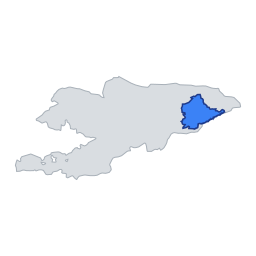 Jeti-Oguz, Ysyk-Köl, Kyrgyzstan (highlighted)
{"feature_id": "92254566B8733465494202", "entity_name": "Jeti-Oguz", "entity_type": "district", "adm_level": 2, "iso_a3": "KGZ", "parent_name": "Kyrgyzstan", "parent_adm1": "Ysyk-Köl", "projection": "natural_earth1", "projection_center": [78.776, 41.857], "detail": "fine", "context": "in_parent", "style": "filled", "palette": "blue", "viewbox_px": 256, "rotation_deg": 0, "n_neighbors": 0, "source": "geoboundaries", "source_scale": "gbopen_adm2", "svg_char_len": 6712}
<svg xmlns="http://www.w3.org/2000/svg" viewBox="0 0 256 256"><path d="M51.1,153.1L51.8,152.7L53.9,152.3L58.2,151.9L59.7,152.2L62.6,153.9L64.8,153.7L65.2,153.9L66.0,155.3L69.2,153.2L71.5,152.6L72.7,150.5L75.2,148.0L77.3,147.6L77.3,148.0L77.7,148.3L79.8,148.9L80.5,148.3L80.8,147.4L80.1,145.9L80.1,145.3L80.8,144.4L84.1,145.8L84.9,145.8L86.5,145.0L87.9,143.6L88.4,142.6L95.4,139.1L95.9,138.5L95.8,138.0L92.9,137.2L91.6,137.6L90.4,137.6L89.7,137.1L86.2,136.9L85.4,136.6L83.2,134.1L80.3,132.5L78.9,132.6L77.2,133.3L76.7,133.0L76.6,130.6L76.3,129.2L75.3,128.8L74.0,129.4L70.5,128.6L70.2,125.7L68.9,123.1L67.1,122.0L67.0,120.4L66.4,119.8L65.8,120.0L65.1,120.8L65.4,122.5L65.1,124.2L64.6,125.1L63.8,125.7L62.9,125.8L61.3,124.9L60.9,130.1L60.6,130.5L58.7,129.7L57.1,130.0L54.9,129.7L53.2,128.8L49.8,127.9L48.3,126.9L47.4,123.4L46.5,122.1L45.6,121.8L42.0,123.1L38.4,120.9L36.6,120.5L36.2,119.8L36.3,119.0L42.0,115.1L44.2,112.4L45.6,111.2L49.2,110.0L50.0,107.6L50.3,107.3L53.9,106.1L58.0,103.9L58.1,103.3L57.7,102.8L54.2,100.8L52.3,101.7L51.3,100.6L51.3,99.4L52.6,97.4L53.6,96.4L54.1,94.4L55.6,93.1L57.1,91.1L59.0,89.4L62.3,88.1L64.2,88.5L65.9,88.2L68.7,87.2L70.3,87.1L77.3,88.7L79.6,88.8L84.9,90.8L89.1,91.8L91.1,93.8L97.9,94.6L99.8,95.2L100.4,96.2L102.3,97.4L104.0,97.6L102.6,92.9L103.2,90.1L105.5,82.5L106.7,81.4L112.3,79.2L113.6,77.6L117.5,77.6L118.4,77.4L118.8,76.5L131.0,83.1L135.6,85.0L142.0,86.7L147.4,87.3L148.4,86.9L150.6,84.3L151.6,84.2L165.1,84.6L174.8,83.3L176.2,83.3L179.8,84.8L191.2,85.2L195.6,86.2L202.8,85.9L205.8,86.0L211.2,87.9L213.1,88.3L216.6,88.6L217.9,88.3L218.7,88.7L219.5,91.1L222.8,94.1L224.0,95.7L225.3,96.4L231.6,96.9L234.0,97.5L239.9,103.2L240.6,106.5L240.0,107.2L233.8,107.7L232.4,108.2L230.9,110.7L222.6,113.7L221.3,113.6L210.2,119.3L202.4,124.1L202.1,126.4L197.6,131.7L194.2,132.3L191.3,132.2L186.5,133.8L180.5,133.2L178.4,133.3L174.4,132.6L172.8,133.0L171.1,134.1L168.7,138.3L167.7,139.3L167.3,140.2L166.9,142.3L166.0,144.4L164.0,147.7L162.3,149.2L160.7,150.2L159.4,148.2L157.4,149.6L155.4,149.3L154.2,149.7L151.5,151.4L147.5,151.4L147.1,150.8L146.4,146.0L145.7,143.7L145.2,143.2L144.4,143.1L138.7,146.9L136.0,147.6L133.9,147.7L131.0,146.6L130.4,146.9L129.9,147.5L129.7,148.2L130.5,150.4L130.3,150.8L129.0,150.8L127.2,151.3L121.6,155.7L118.2,156.9L114.9,157.3L113.0,158.1L111.9,159.8L109.7,164.3L109.8,165.3L110.6,166.5L111.2,169.3L111.1,170.0L109.3,172.3L107.1,173.0L105.4,173.3L102.1,173.0L100.4,173.5L97.2,175.2L94.6,175.6L89.8,175.6L85.0,175.0L83.4,175.2L79.2,176.2L77.7,177.8L76.9,179.3L76.5,179.5L74.8,178.2L72.7,175.8L71.7,175.9L67.8,177.8L67.3,177.7L66.2,177.0L66.4,174.0L65.2,173.4L62.6,173.2L61.7,172.6L62.1,170.7L61.8,169.9L61.1,169.4L59.8,169.5L57.1,171.1L53.9,171.7L52.8,172.2L51.5,174.3L47.3,174.7L45.9,174.3L43.4,170.4L41.3,169.8L39.0,169.9L36.0,170.9L35.3,170.1L34.5,169.9L33.8,170.6L30.1,170.7L26.3,170.6L24.2,170.1L22.8,170.1L20.0,171.2L16.6,171.4L16.3,167.8L15.4,165.3L16.5,161.3L17.1,160.0L19.6,161.5L20.6,161.3L20.8,160.5L20.5,158.7L21.8,156.7L30.8,154.0L40.6,158.0L41.8,160.5L42.7,160.4L44.1,159.2L44.6,157.1L46.5,155.9L50.8,154.4L51.1,153.1ZM55.9,162.0L56.1,161.6L55.4,159.7L56.5,158.0L54.5,157.7L53.5,157.2L52.4,155.4L52.0,155.3L51.4,155.8L51.0,157.0L51.3,158.2L52.7,159.4L52.0,161.9L54.9,162.2L55.9,162.0ZM45.6,163.7L45.5,163.2L44.8,162.9L41.1,162.2L41.2,162.7L42.6,164.6L43.7,164.7L45.6,163.7ZM67.7,160.5L67.9,159.3L65.7,160.0L65.4,160.6L66.2,161.3L67.1,161.6L67.7,160.5Z" fill="#d9dde1" stroke="#a8b0b8" stroke-width="1"/><path d="M194.2,128.8L194.3,128.8L194.5,128.9L194.5,129.0L194.7,128.9L194.8,128.8L195.0,128.7L195.3,128.7L195.5,128.7L195.7,128.4L195.8,128.5L195.9,128.4L196.0,128.4L196.1,128.2L196.3,128.2L196.5,128.1L196.8,128.0L196.9,127.9L197.1,127.8L197.4,127.8L197.5,127.8L197.7,127.6L197.7,127.4L197.8,127.3L197.8,127.2L197.7,127.2L197.8,126.9L197.7,126.9L197.8,126.7L197.8,126.4L197.9,126.2L197.9,125.7L198.1,125.4L198.1,125.2L198.3,124.9L198.2,124.7L198.1,124.4L198.0,124.2L198.2,123.9L198.3,123.9L198.5,123.7L198.9,123.6L199.0,123.6L199.3,123.5L199.5,123.5L199.7,123.4L199.9,123.4L200.0,123.5L200.3,123.6L200.7,123.7L200.9,123.6L201.0,123.6L201.3,123.7L201.5,123.7L201.5,123.8L201.8,123.7L202.0,123.5L202.3,123.6L202.5,123.6L202.8,123.6L203.0,123.4L203.0,123.2L203.3,123.2L203.7,123.0L203.8,123.1L204.0,122.9L204.1,123.0L204.3,123.0L204.5,122.9L204.8,122.7L205.0,122.7L205.3,122.6L205.5,122.4L205.8,122.4L205.9,122.2L206.0,122.0L206.0,121.9L206.2,121.7L206.3,121.6L206.4,121.4L206.5,121.4L206.9,121.3L206.9,121.5L207.0,121.6L207.3,121.7L207.5,121.5L207.7,121.4L207.8,121.5L208.1,121.6L208.3,121.5L208.3,121.4L208.4,121.2L208.5,121.1L208.4,121.1L208.5,121.0L208.5,120.9L208.8,120.7L209.0,120.6L209.2,120.4L209.4,120.3L209.3,120.2L209.2,120.2L209.2,119.9L209.3,119.8L209.3,119.7L209.5,119.6L209.8,119.4L210.1,119.5L210.3,119.4L210.5,119.4L210.8,119.4L211.1,119.3L211.1,119.2L211.2,119.3L211.3,119.3L211.6,119.3L211.8,119.2L212.1,119.0L212.2,118.8L212.3,118.8L212.4,118.7L212.5,118.4L212.8,118.4L212.9,118.5L212.9,118.4L213.1,118.4L213.1,118.2L213.3,118.0L213.5,118.0L213.6,117.8L213.7,117.7L213.8,117.7L213.7,117.5L213.8,117.5L214.0,117.4L213.9,117.2L214.0,117.2L214.1,117.3L214.2,117.2L214.4,117.1L214.5,117.0L214.8,116.9L215.1,116.7L215.3,116.7L215.3,116.8L215.5,116.8L215.8,116.8L215.8,116.6L216.0,116.5L216.0,116.4L215.9,116.4L216.0,116.3L216.2,116.2L216.3,116.2L216.5,116.1L216.8,116.0L217.0,116.0L217.1,115.9L217.3,115.8L217.3,115.7L217.6,115.7L217.8,115.5L217.8,115.4L217.9,115.2L218.1,115.1L218.3,115.2L218.5,115.1L218.8,115.0L219.0,115.0L219.5,115.1L219.8,115.1L219.8,114.9L220.1,114.8L220.1,114.7L220.3,114.6L220.5,114.5L220.4,114.3L220.6,114.2L220.8,114.1L221.0,114.0L220.9,113.9L221.0,113.9L221.2,113.7L221.3,113.4L221.5,113.3L221.7,113.1L221.8,113.1L221.9,112.9L222.2,113.0L222.3,113.1L222.4,113.3L222.5,113.3L222.6,113.2L222.8,113.1L223.0,112.9L223.2,112.7L223.3,112.6L223.4,112.4L223.6,112.2L224.0,112.1L224.4,112.0L224.5,112.0L224.1,110.5L222.5,109.6L221.6,110.0L220.2,111.7L218.7,111.9L217.2,110.8L215.8,110.8L215.5,110.6L215.9,108.9L213.6,109.1L212.2,108.9L210.5,109.2L209.7,108.8L209.2,107.4L207.1,107.0L206.9,105.8L205.3,104.3L203.8,103.8L203.8,103.0L203.2,102.1L203.2,99.9L202.5,98.8L200.9,98.1L200.6,96.0L200.1,94.5L197.4,94.6L195.0,96.6L193.8,96.2L190.9,97.5L191.4,98.2L192.5,98.6L188.9,102.4L184.8,104.0L182.5,104.1L182.4,106.2L181.4,108.2L181.8,109.2L182.1,112.3L184.8,112.8L185.1,114.1L183.1,114.2L183.5,115.3L184.5,116.0L185.0,117.0L185.3,117.3L184.7,118.4L182.8,119.2L182.5,120.8L181.2,121.4L182.1,122.4L182.2,123.3L182.5,124.0L183.3,124.5L185.1,124.6L184.2,126.1L183.0,127.3L183.0,128.3L186.0,127.6L187.5,126.8L188.2,126.2L189.3,126.7L188.8,128.5L194.2,128.8Z" fill="#3b82f6" stroke="#1e3a8a" stroke-width="1.5"/></svg>